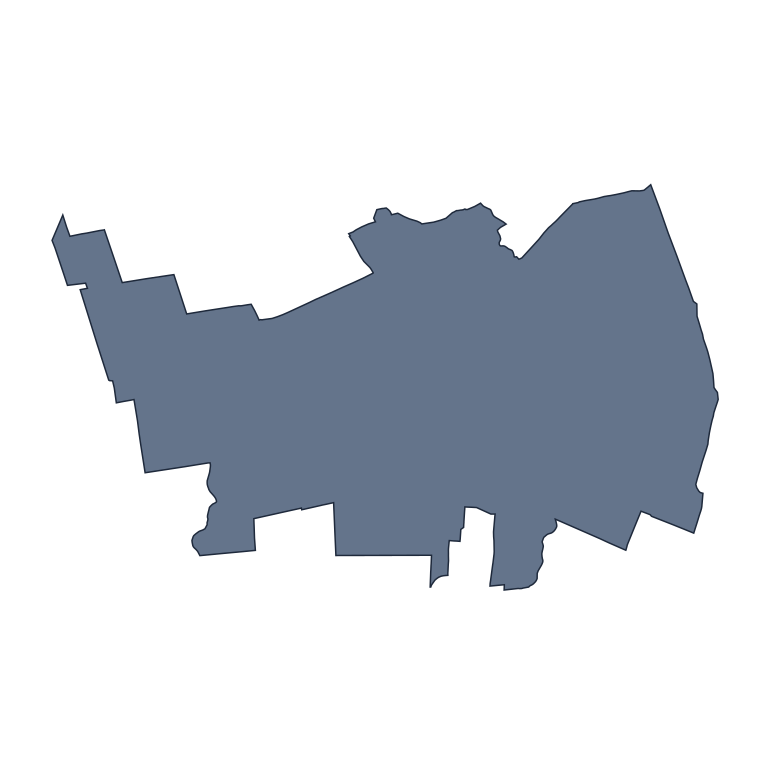 outline of Girisu De Cris, Bihor, Romania, rotated 91°
{"feature_id": "2599482B40990728968536", "entity_name": "Girisu De Cris", "entity_type": "district", "adm_level": 2, "iso_a3": "ROU", "parent_name": "Romania", "parent_adm1": "Bihor", "projection": "orthographic", "projection_center": [21.776, 47.06], "detail": "fine", "context": "isolated", "style": "filled", "palette": "slate", "viewbox_px": 768, "rotation_deg": 91, "n_neighbors": 0, "source": "geoboundaries", "source_scale": "gbopen_adm2", "svg_char_len": 6085}
<svg xmlns="http://www.w3.org/2000/svg" viewBox="0 0 768 768"><g transform="rotate(91 384 384)"><path d="M556.4,543.8L554.1,522.8L552.6,509.7L549.2,510.0L540.2,510.8L532.1,511.2L522.7,511.7L520.9,511.8L514.1,483.6L509.5,464.4L511.2,464.1L506.4,444.5L506.2,443.9L505.4,440.3L503.5,432.3L536.9,430.3L556.3,429.1L554.4,333.5L563.0,333.7L564.7,333.8L569.1,333.9L570.6,334.0L576.6,334.1L580.8,334.2L586.2,334.3L586.2,333.7L584.6,333.2L583.7,332.7L579.4,329.8L578.8,329.2L577.5,327.7L576.3,326.0L575.2,323.6L574.7,321.4L574.4,319.1L574.2,316.8L572.0,316.9L570.2,316.8L563.4,316.6L559.8,316.4L559.5,316.4L554.5,316.6L552.6,316.6L549.4,316.7L548.0,316.7L546.4,316.6L541.3,316.2L539.4,316.0L539.7,311.5L539.8,308.2L540.0,305.3L537.5,305.1L529.5,304.7L528.1,304.7L526.0,301.9L522.7,301.8L521.4,301.7L520.1,301.7L509.3,301.2L508.0,301.1L505.5,301.0L505.6,298.3L505.7,294.6L505.9,289.3L512.2,274.8L512.1,270.6L514.8,270.9L515.2,270.9L529.6,271.9L530.5,271.9L534.9,271.7L538.6,271.3L541.6,271.2L549.5,270.9L552.2,271.0L553.0,271.1L561.8,272.0L562.1,272.1L578.6,274.0L581.5,274.4L584.2,274.5L584.1,273.6L582.6,260.2L587.9,260.3L586.1,246.3L586.2,244.9L586.1,242.8L585.6,241.3L584.5,235.8L584.3,235.6L583.6,235.0L583.1,234.3L582.8,233.9L582.6,233.3L582.2,232.5L581.6,231.7L581.2,231.1L580.4,230.4L579.8,229.8L578.9,229.0L578.1,228.5L577.1,228.0L576.4,227.7L575.8,227.5L575.0,227.5L573.9,227.5L571.8,227.5L570.8,227.5L570.0,227.3L569.0,226.9L568.1,226.6L567.2,226.1L564.3,224.5L562.9,223.7L561.7,223.1L560.2,222.5L559.3,222.2L558.6,222.1L557.7,222.1L557.1,222.2L556.3,222.5L555.3,222.7L553.7,223.0L551.7,223.2L550.9,223.2L550.4,223.2L548.3,222.8L545.5,222.2L544.3,222.0L543.6,221.9L542.7,222.0L542.0,222.2L540.7,222.6L539.9,222.9L539.1,223.1L538.5,223.0L537.7,222.7L536.5,222.3L535.1,221.8L534.5,221.5L534.2,221.2L533.7,220.6L532.5,219.3L531.6,218.2L531.2,217.4L530.8,216.4L530.5,215.4L530.1,214.2L529.6,213.3L528.6,212.0L527.5,211.0L526.2,210.1L525.3,209.6L524.5,209.2L523.8,208.9L523.1,208.8L522.4,208.8L521.5,208.9L519.9,209.3L518.3,209.7L516.6,210.3L516.1,210.4L534.7,165.8L536.6,161.5L537.1,160.4L539.1,155.8L546.0,139.3L545.8,139.2L541.9,138.2L540.8,138.0L539.2,137.4L520.8,130.3L506.7,124.8L510.0,115.6L511.6,114.2L519.5,93.0L524.1,81.0L527.7,71.7L516.6,68.4L509.6,66.4L507.4,65.7L505.2,65.0L502.9,64.4L501.0,64.1L499.4,64.0L487.7,63.2L487.0,65.9L485.6,67.4L482.3,69.5L478.9,70.5L472.9,69.0L465.0,66.7L456.5,64.5L444.6,60.8L438.5,59.1L435.3,58.9L427.1,57.8L420.1,56.5L414.4,55.3L410.5,54.2L407.0,53.7L402.1,52.2L396.4,50.4L393.6,49.6L386.6,50.5L384.0,52.5L381.8,54.0L374.6,54.6L367.9,55.3L361.2,56.9L353.8,58.7L346.6,60.7L342.7,62.0L333.5,65.4L328.6,66.4L324.6,67.8L318.2,69.8L310.8,72.2L298.5,72.6L296.0,76.1L282.8,81.0L275.1,84.1L255.9,91.5L251.7,93.1L228.1,102.5L204.5,111.2L180.1,120.8L185.7,127.3L186.0,128.6L186.5,132.0L186.5,139.6L187.3,142.7L188.7,147.6L190.4,154.9L191.6,160.6L192.2,164.4L192.3,164.7L192.7,167.1L194.5,173.1L195.4,176.7L197.1,186.0L198.3,191.0L198.5,191.9L199.2,193.0L200.4,198.4L200.6,198.4L214.2,211.3L216.2,213.1L218.5,215.3L221.1,218.1L222.6,219.6L224.9,222.2L227.6,224.5L230.2,226.8L231.8,228.0L236.7,231.7L255.6,248.4L256.9,251.3L254.5,253.6L254.7,255.1L254.6,256.0L252.3,256.5L250.5,257.1L249.2,257.7L248.3,258.3L247.5,259.8L247.0,261.2L246.6,262.1L245.8,263.1L244.4,265.1L243.9,266.4L243.8,267.5L243.9,268.7L243.9,269.9L243.6,270.5L242.3,271.2L240.9,271.3L240.3,271.2L238.3,270.2L236.9,269.9L233.8,270.7L232.0,271.7L229.9,272.9L228.2,273.3L225.4,270.3L222.0,264.7L219.8,267.7L217.1,272.4L215.5,275.3L214.3,277.0L212.8,278.2L209.2,279.8L208.2,280.3L207.4,281.3L206.7,283.1L205.8,285.0L204.9,287.0L204.5,287.6L203.9,288.4L203.2,289.0L202.4,289.8L201.5,290.6L204.9,296.4L208.1,303.7L208.1,305.5L207.6,306.1L208.5,308.2L208.6,308.9L208.7,309.3L208.7,310.0L209.3,313.1L209.4,314.6L210.9,317.2L211.5,318.6L217.2,324.9L219.2,330.2L221.3,337.1L223.3,349.0L222.1,350.5L220.6,353.9L218.5,361.4L216.2,367.0L213.0,373.2L214.3,378.1L214.6,379.5L214.0,379.6L211.5,380.9L211.4,381.0L210.9,381.4L209.7,382.6L208.0,384.8L208.2,386.2L208.6,388.2L208.5,388.7L209.8,394.2L218.4,397.2L218.6,397.1L222.0,395.4L224.2,402.2L227.3,409.0L230.2,414.3L230.3,414.5L232.5,417.6L234.3,421.9L235.7,420.9L236.0,420.7L236.5,420.3L237.1,421.2L242.3,417.7L248.5,414.3L254.5,411.0L256.7,409.8L261.9,406.2L267.8,400.1L269.6,398.8L273.0,396.7L273.3,396.8L273.6,397.3L278.8,407.2L280.7,411.2L283.4,416.8L287.9,426.6L289.8,430.5L294.5,440.4L300.7,453.9L303.6,459.6L314.2,481.5L316.4,486.3L318.6,491.8L320.4,497.0L321.1,501.6L321.8,506.3L322.0,507.1L321.8,508.3L322.0,509.3L322.3,510.0L322.0,510.1L317.6,512.2L312.9,514.6L306.6,518.2L307.1,521.4L308.3,528.0L308.4,529.5L308.3,530.3L309.2,536.3L310.1,541.2L312.1,552.9L314.1,564.5L317.4,582.5L278.3,596.0L282.8,623.0L287.2,647.5L264.5,655.6L234.7,666.3L234.9,666.9L235.5,670.8L238.3,683.8L239.2,689.0L241.8,700.6L232.6,704.1L220.7,708.1L223.7,709.3L246.2,718.4L253.7,715.3L275.2,707.7L280.0,706.0L290.9,702.2L288.4,684.1L293.5,682.2L295.0,689.4L350.9,670.9L351.1,670.8L384.9,659.3L385.4,658.5L385.6,655.4L392.7,653.6L407.5,651.3L405.9,643.7L404.7,637.4L403.9,633.7L418.7,631.0L419.8,630.8L425.3,629.8L438.4,627.9L447.6,626.4L476.9,621.3L471.2,587.8L470.9,586.1L470.0,580.8L467.7,568.1L466.0,558.5L465.9,556.5L467.4,556.2L468.6,556.1L470.2,556.2L472.7,556.5L474.4,556.7L476.1,557.0L481.7,558.5L483.9,559.1L486.1,559.1L487.9,558.9L488.8,558.6L489.9,558.3L490.7,557.9L492.5,557.3L493.7,556.6L494.8,555.9L496.1,554.7L497.7,553.2L499.3,551.8L500.8,550.7L502.4,549.9L503.4,549.6L504.4,549.4L504.9,549.6L505.6,550.4L506.6,552.2L507.0,553.1L508.1,554.3L509.6,555.7L510.2,556.2L510.9,556.5L512.1,556.7L514.6,557.3L518.3,558.1L519.7,558.2L520.7,558.1L521.5,557.8L522.3,557.7L524.1,558.0L525.1,558.3L526.0,558.5L526.8,558.4L527.8,558.4L531.9,560.5L533.2,562.8L534.1,565.2L534.5,566.1L535.1,567.0L537.2,569.7L538.4,571.0L539.0,571.6L539.9,572.1L541.5,572.6L543.0,573.1L544.0,573.3L544.6,573.2L546.0,573.0L547.3,572.7L548.7,572.4L549.9,571.9L551.1,570.9L552.8,569.0L554.6,567.4L558.8,565.1L556.4,543.8Z" fill="#64748b" stroke="#1e293b" stroke-width="1.5"/></g></svg>